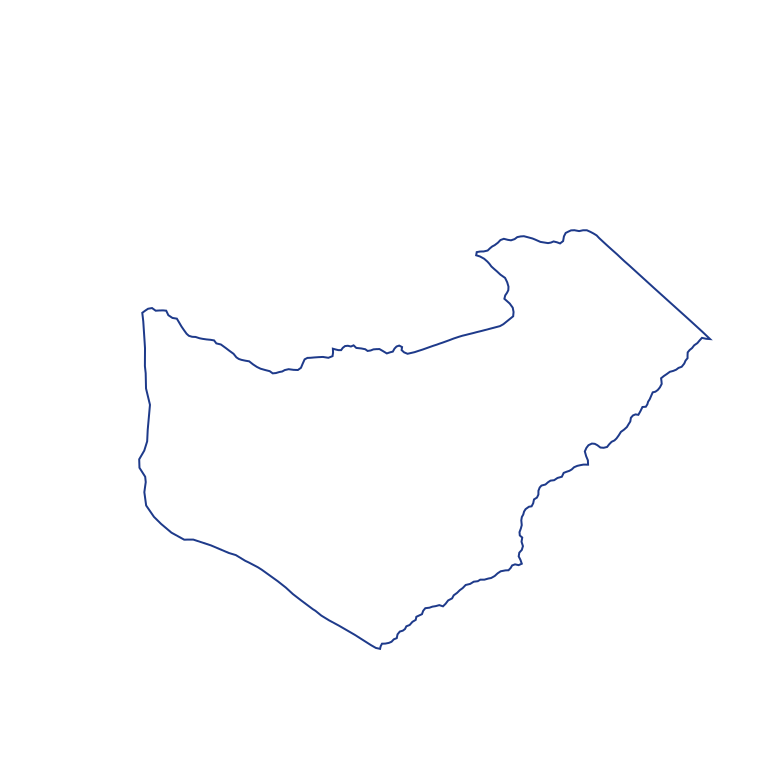 Santa Fé do Araguaia, Tocantins, Brazil, rotated 306°
{"feature_id": "56859067B90506304051015", "entity_name": "Santa Fé do Araguaia", "entity_type": "district", "adm_level": 2, "iso_a3": "BRA", "parent_name": "Brazil", "parent_adm1": "Tocantins", "projection": "robinson", "projection_center": [-48.926, -7.045], "detail": "fine", "context": "isolated", "style": "outline", "palette": "blue", "viewbox_px": 768, "rotation_deg": 306, "n_neighbors": 0, "source": "geoboundaries", "source_scale": "gbopen_adm2", "svg_char_len": 4570}
<svg xmlns="http://www.w3.org/2000/svg" viewBox="0 0 768 768"><g transform="rotate(306 384 384)"><path d="M167.4,536.5L169.7,535.5L172.7,535.0L174.7,537.6L177.4,540.1L179.9,541.6L183.2,542.0L185.9,543.7L189.4,542.1L193.0,542.3L195.5,544.2L198.1,545.0L201.1,544.5L204.1,546.4L208.3,546.8L211.8,548.3L214.7,547.0L217.4,548.5L220.1,550.0L223.6,549.0L226.9,549.2L229.8,552.3L232.3,554.0L234.7,556.4L237.6,558.7L238.8,562.4L242.3,563.0L246.6,563.1L250.6,565.1L254.0,564.6L258.0,565.9L261.7,566.5L265.1,567.6L269.4,568.2L272.9,571.2L276.8,572.8L279.6,575.8L282.3,576.9L284.8,580.3L288.0,582.8L290.0,584.7L293.7,586.4L297.6,587.2L301.1,588.5L304.6,591.8L306.5,594.2L309.6,594.6L312.5,594.3L315.1,596.0L316.6,599.4L319.6,601.1L321.9,597.8L323.7,594.3L327.1,592.6L330.8,593.0L334.5,591.7L337.2,588.0L341.0,586.1L341.3,582.9L343.8,580.7L347.4,579.7L350.8,578.4L354.4,575.2L357.4,573.7L360.2,573.4L363.1,572.3L366.0,572.1L369.9,573.4L371.8,575.3L375.2,574.8L378.8,573.2L382.0,574.5L385.3,573.9L388.4,571.7L391.8,570.8L394.4,571.1L397.6,573.7L401.1,574.5L403.7,575.5L406.2,578.2L410.0,579.6L413.5,582.4L417.7,581.6L420.2,583.2L422.7,585.0L425.2,586.1L428.4,586.7L431.4,588.5L433.9,590.7L436.0,592.7L438.7,596.5L442.1,593.8L444.4,590.0L447.5,586.1L451.3,585.3L454.7,585.4L458.0,587.2L459.5,589.7L459.9,592.6L459.8,596.4L461.5,599.2L464.2,601.5L467.4,601.6L471.0,602.1L473.8,603.6L476.6,604.1L480.5,604.1L484.5,603.8L488.1,605.0L491.9,605.8L495.2,605.5L498.4,605.3L501.8,603.6L504.9,603.9L507.2,605.3L508.6,607.9L512.9,607.4L517.3,606.6L519.5,609.2L522.4,609.0L524.8,608.1L528.0,607.9L531.5,607.1L535.2,606.3L537.3,608.1L540.1,609.0L543.4,609.2L547.3,608.6L549.4,606.8L551.5,604.8L554.9,605.7L558.2,606.9L561.9,608.1L564.6,610.3L567.4,612.0L570.1,612.8L572.9,614.7L577.0,614.9L580.2,614.2L583.3,614.4L585.5,612.8L588.1,611.1L591.2,611.3L594.1,612.1L597.6,612.2L601.3,613.5L604.5,613.7L608.2,614.1L609.9,618.0L612.0,621.4L613.4,610.8L615.1,595.7L615.9,588.3L620.4,545.6L624.1,512.2L624.6,506.7L625.2,501.7L625.9,496.4L626.6,489.2L627.2,483.5L627.6,480.0L628.5,472.4L629.2,468.7L628.9,465.0L628.4,461.5L627.6,457.7L625.4,454.7L622.4,452.0L620.3,447.6L618.2,445.0L615.7,443.6L613.0,442.2L609.2,442.8L604.9,444.9L601.2,443.8L600.3,440.6L599.0,437.4L596.5,435.9L594.4,433.9L590.9,427.0L589.7,421.4L589.0,418.6L587.4,414.4L585.8,410.3L583.7,407.8L581.2,405.5L578.0,404.5L574.9,402.3L573.4,399.4L571.9,395.6L568.9,393.6L565.2,393.1L561.3,391.9L558.9,390.7L556.2,390.0L552.9,389.4L549.8,386.7L547.6,383.8L545.2,381.5L542.3,382.9L543.6,386.7L544.2,391.4L543.8,395.7L543.2,398.6L542.2,401.8L541.8,405.5L541.5,409.1L540.9,413.9L541.0,419.6L538.7,423.9L535.9,427.5L533.0,429.4L530.2,429.9L526.9,430.0L523.7,431.3L523.4,434.4L523.0,438.4L521.4,443.3L518.4,446.5L514.7,448.7L502.5,445.4L499.0,443.8L490.2,436.6L484.1,431.6L480.2,428.3L477.6,426.2L474.3,423.4L472.0,421.5L469.2,419.1L466.3,416.9L461.7,413.6L457.7,411.0L451.8,407.0L449.3,405.2L446.9,403.6L443.9,401.4L440.7,399.2L434.7,395.1L430.9,392.3L427.7,390.0L422.3,385.3L421.4,381.6L421.8,378.3L424.5,376.9L424.0,373.7L421.7,372.1L418.8,371.7L415.4,372.1L413.2,370.3L410.4,368.3L410.0,363.6L409.6,359.8L407.6,357.2L405.8,355.1L403.3,353.5L401.1,351.3L401.1,348.4L399.4,344.7L396.9,340.4L397.4,336.7L394.9,335.2L393.7,332.3L391.8,330.2L389.1,329.4L386.2,329.4L384.6,327.2L383.5,324.6L382.5,321.9L379.5,324.3L376.3,326.0L372.5,323.6L370.0,318.7L367.2,315.2L364.6,312.1L361.9,309.0L360.1,306.7L357.3,305.3L352.5,306.3L348.3,307.3L344.7,306.1L342.3,302.5L339.9,298.1L336.9,295.5L334.3,294.3L332.2,292.3L329.3,290.1L327.2,287.7L327.2,284.0L325.6,280.0L323.8,275.1L323.1,271.1L322.9,266.5L323.1,261.6L321.4,258.2L319.8,254.6L318.9,251.8L318.8,248.9L320.0,244.5L320.0,239.0L320.1,235.0L320.1,228.8L318.3,224.5L319.4,220.9L317.8,217.7L315.8,214.3L313.9,210.7L312.6,207.9L311.3,203.9L309.4,201.0L308.3,197.8L308.6,194.8L310.0,190.5L311.5,186.3L313.3,182.2L315.1,178.0L313.1,174.0L312.9,169.1L315.3,164.7L313.7,162.0L311.4,159.0L309.1,156.2L309.1,151.7L306.2,148.9L303.0,147.7L299.5,146.6L293.2,152.4L277.1,165.8L272.5,169.6L258.0,180.0L252.6,184.9L240.5,194.1L229.6,206.9L208.0,219.8L198.4,226.1L189.2,229.2L179.2,230.2L172.5,235.4L168.6,245.3L164.6,248.9L161.2,250.7L155.6,253.7L145.9,263.0L141.3,276.0L139.8,285.8L138.8,299.4L140.6,313.8L146.0,321.1L151.7,338.8L156.1,357.8L158.5,364.7L159.4,375.7L160.1,379.4L161.6,389.6L161.9,394.3L162.0,413.9L161.6,424.2L160.5,433.8L160.2,444.3L160.0,458.8L160.2,461.8L159.8,469.4L160.5,478.4L162.0,489.5L163.9,507.8L165.1,527.1L165.7,532.6L167.4,536.5Z" fill="none" stroke="#1e3a8a" stroke-width="2"/></g></svg>